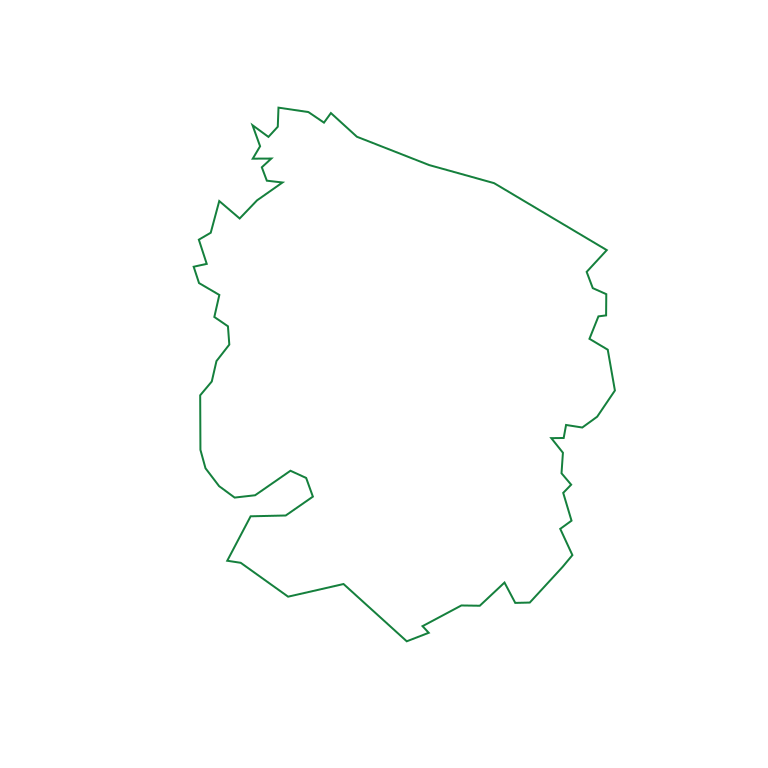 the district of Muhlenberg, Kentucky, United States of America, rotated 213°
{"feature_id": "52423323B14041268945956", "entity_name": "Muhlenberg", "entity_type": "district", "adm_level": 2, "iso_a3": "USA", "parent_name": "United States of America", "parent_adm1": "Kentucky", "projection": "mercator", "projection_center": [-87.122, 37.228], "detail": "fine", "context": "isolated", "style": "outline", "palette": "green", "viewbox_px": 768, "rotation_deg": 213, "n_neighbors": 0, "source": "geoboundaries", "source_scale": "gbopen_adm2", "svg_char_len": 1078}
<svg xmlns="http://www.w3.org/2000/svg" viewBox="0 0 768 768"><g transform="rotate(213 384 384)"><path d="M465.4,592.2L541.4,576.6L576.1,582.3L576.7,570.5L595.5,570.9L623.0,558.3L613.2,541.9L615.5,528.3L635.2,529.4L617.4,515.9L616.8,501.5L601.3,511.7L604.5,499.2L593.0,490.7L578.9,497.7L590.5,468.9L595.2,444.2L621.8,447.7L611.7,416.5L617.9,404.2L598.1,388.2L607.5,378.7L594.1,367.9L570.6,369.0L562.8,347.8L546.3,347.4L535.2,332.8L537.0,312.0L529.8,292.3L532.0,274.4L502.1,228.8L487.8,216.1L466.6,208.5L447.4,207.4L431.5,220.5L415.2,260.3L398.1,262.8L382.3,250.8L394.8,220.2L423.8,200.4L419.2,150.4L406.8,156.0L348.6,153.4L309.0,194.2L224.8,180.6L211.0,199.7L219.8,201.9L198.5,240.4L182.9,250.2L174.8,283.1L154.7,271.9L142.7,280.1L134.6,327.9L132.8,343.1L157.3,358.5L152.3,371.5L174.4,390.3L172.2,401.5L186.5,405.8L196.5,423.8L214.2,429.7L203.9,436.6L209.0,448.8L194.0,455.5L187.4,472.7L186.8,504.3L215.0,534.6L236.3,533.8L241.0,557.5L235.1,562.5L246.5,580.4L261.1,578.1L275.1,588.4L270.1,617.6L401.1,612.4L465.4,592.2Z" fill="none" stroke="#15803d" stroke-width="2"/></g></svg>